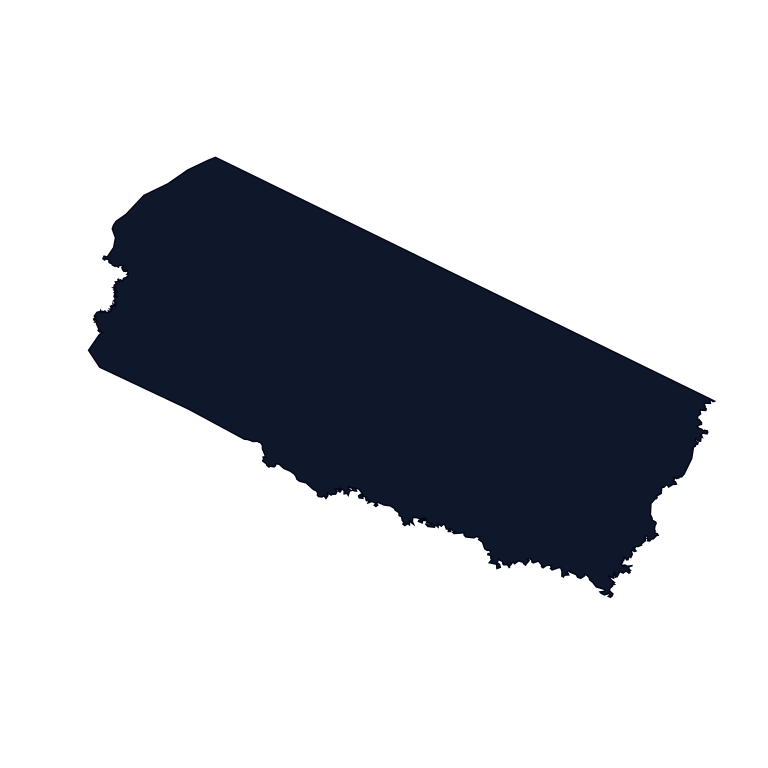 the district of Keerom, Papua, Indonesia, rotated 296°
{"feature_id": "22746128B17774751253690", "entity_name": "Keerom", "entity_type": "district", "adm_level": 2, "iso_a3": "IDN", "parent_name": "Indonesia", "parent_adm1": "Papua", "projection": "equal_earth", "projection_center": [140.467, -3.327], "detail": "fine", "context": "isolated", "style": "filled", "palette": "ink", "viewbox_px": 768, "rotation_deg": 296, "n_neighbors": 0, "source": "geoboundaries", "source_scale": "gbopen_adm2", "svg_char_len": 6106}
<svg xmlns="http://www.w3.org/2000/svg" viewBox="0 0 768 768"><g transform="rotate(296 384 384)"><path d="M282.6,590.9L283.3,590.4L288.8,591.8L289.3,589.6L290.9,591.6L290.6,594.0L288.7,595.2L288.8,596.7L292.6,600.5L290.2,605.5L288.9,605.6L288.5,607.5L292.3,609.7L294.0,612.8L292.7,614.9L291.2,614.5L290.6,616.6L295.9,621.9L296.0,623.8L293.6,626.1L289.3,628.1L289.2,629.8L291.2,629.9L293.4,633.7L294.6,632.2L294.3,630.8L297.0,631.6L297.7,633.4L296.5,633.3L296.9,640.3L295.2,642.8L295.6,646.0L299.3,648.2L300.9,647.9L301.0,650.7L299.7,653.6L298.2,654.6L297.2,658.7L294.7,663.6L296.1,672.3L294.3,673.0L291.8,669.3L291.1,671.0L291.1,674.5L294.5,678.3L293.7,679.7L291.5,678.7L291.5,680.9L293.4,681.9L295.7,681.8L296.8,677.7L298.9,676.4L302.6,678.0L303.7,677.4L305.0,678.9L305.3,676.8L306.6,678.0L307.4,674.5L310.0,669.3L310.1,675.3L311.7,674.2L315.4,674.1L311.6,676.4L313.1,678.0L318.8,678.2L318.9,681.8L322.2,683.6L321.4,687.0L322.4,687.7L323.0,686.5L324.5,687.3L324.7,685.7L326.8,684.1L329.8,687.0L326.8,682.6L326.9,679.9L326.2,678.9L325.3,679.9L324.6,678.9L325.8,677.1L325.9,675.3L328.0,676.7L329.1,675.2L330.1,676.7L332.1,676.5L333.1,675.4L334.0,676.2L332.3,679.2L333.1,680.3L335.7,679.8L336.5,680.8L336.3,681.9L339.8,681.8L342.5,679.2L343.3,680.2L343.4,682.8L344.4,683.7L346.1,680.1L346.3,681.4L348.4,681.4L349.3,683.6L352.2,686.1L352.9,685.3L357.6,687.5L361.7,685.7L362.7,686.8L362.3,688.3L360.4,688.1L360.5,689.5L358.7,689.5L359.4,691.6L362.1,692.4L362.8,693.9L367.4,695.4L368.2,696.7L369.2,695.3L368.9,693.3L369.8,691.8L370.8,692.2L371.7,690.9L374.9,689.7L378.0,689.7L379.0,688.7L379.1,684.7L380.9,683.8L383.3,680.7L393.6,676.3L399.4,677.9L400.4,679.1L401.8,679.2L402.4,677.9L407.2,681.1L413.0,678.9L413.8,680.8L417.0,681.8L417.4,683.2L416.2,685.0L419.7,687.2L421.1,687.1L420.8,688.7L422.1,690.7L423.7,689.0L424.2,686.4L425.9,686.7L425.4,685.7L427.3,685.8L427.9,687.3L427.3,688.5L428.9,690.2L429.7,689.8L431.0,692.2L434.7,693.2L451.9,693.2L463.2,689.7L464.4,691.1L466.3,690.6L467.3,692.2L468.9,692.0L469.2,688.9L471.1,688.2L470.7,692.3L471.4,693.6L474.7,692.4L475.3,690.6L476.1,691.3L475.8,693.1L477.6,691.2L479.6,692.0L480.8,696.2L482.4,696.2L483.6,695.2L482.9,692.4L481.6,691.3L482.6,689.7L482.2,686.4L482.8,684.0L485.7,685.4L486.8,687.0L488.5,686.3L490.1,682.7L489.8,681.5L492.4,679.9L495.9,681.7L498.0,679.9L499.4,679.9L501.2,684.8L502.9,684.5L503.6,682.4L504.5,682.6L506.3,680.6L507.3,680.5L509.7,685.8L512.3,683.8L512.9,685.3L512.4,687.6L513.5,688.6L513.8,133.2L508.1,128.0L490.6,114.0L469.2,102.0L448.2,85.5L423.4,77.8L412.8,71.9L407.9,71.3L404.3,71.8L397.7,78.6L388.1,81.2L376.7,79.6L376.2,76.4L373.4,76.5L373.0,78.6L374.4,78.9L375.2,82.2L374.9,83.5L373.8,82.8L372.7,83.9L372.8,87.0L371.9,87.6L371.8,90.6L372.7,90.5L372.7,94.1L374.2,93.7L376.4,98.1L375.2,98.2L374.6,97.1L374.6,97.9L373.7,97.4L372.1,99.1L371.3,100.7L372.1,102.8L373.5,103.3L371.5,105.5L369.9,105.0L370.3,106.1L369.2,106.6L366.6,105.5L364.8,103.6L362.1,103.9L362.0,101.2L360.9,100.3L361.6,99.2L360.9,99.1L359.9,101.0L358.0,97.8L356.5,99.6L355.3,98.7L354.8,100.4L354.5,97.8L353.9,99.3L353.4,98.7L352.4,99.5L353.4,100.5L352.4,100.2L351.8,98.8L351.4,101.0L350.1,100.0L349.8,102.0L351.2,102.2L350.2,102.4L350.5,103.5L349.8,104.3L349.6,103.0L348.7,103.0L348.7,101.5L347.8,101.3L347.4,102.5L345.4,102.8L346.5,103.5L345.0,103.5L345.8,104.3L345.7,105.8L343.7,104.1L342.4,105.4L340.1,104.5L340.4,105.7L339.8,106.3L340.4,107.3L339.4,107.5L338.9,106.6L338.3,108.1L337.4,106.7L337.1,108.4L335.9,108.4L337.0,105.5L335.8,106.4L335.0,104.9L334.2,105.7L333.8,104.3L331.9,106.4L331.1,104.9L330.8,106.5L329.4,106.7L328.9,104.3L327.6,105.2L326.1,102.5L327.3,101.9L327.2,101.1L325.9,100.8L326.0,99.5L324.7,99.5L325.8,97.1L324.1,97.7L324.1,96.3L322.5,94.6L318.0,93.9L317.8,95.5L315.1,94.5L314.2,95.7L315.3,96.2L315.0,98.0L313.0,97.1L313.6,99.0L312.1,99.2L308.5,103.5L306.7,103.6L306.1,105.9L307.4,106.0L306.8,108.4L303.5,106.5L284.8,103.7L274.5,121.1L275.8,219.5L273.2,282.8L274.4,285.8L274.9,291.4L277.2,295.7L276.8,296.9L277.3,298.6L275.6,301.6L272.4,303.2L267.7,308.5L266.1,309.1L265.4,307.4L263.6,308.7L261.6,308.7L260.7,313.5L259.6,314.3L258.9,317.0L260.2,317.8L261.4,321.6L263.0,322.3L264.5,321.3L266.0,324.8L264.2,331.0L264.6,337.5L263.9,342.2L262.5,345.2L260.3,347.4L259.6,350.6L261.0,357.4L258.2,366.9L258.3,370.1L257.0,372.2L254.7,373.0L254.2,374.7L255.3,377.8L257.3,379.1L255.7,382.0L259.0,382.5L261.3,380.8L261.0,385.1L262.4,386.1L263.8,388.8L266.5,388.9L268.4,386.2L269.2,388.8L267.9,389.7L267.6,391.8L269.3,392.1L270.2,389.9L271.0,389.7L270.9,394.9L267.8,396.3L269.5,398.6L268.3,400.6L272.7,400.0L273.7,401.1L274.2,398.3L276.0,397.2L276.2,400.5L277.3,401.9L275.0,402.1L274.9,404.0L275.7,406.2L277.3,404.6L278.4,405.0L278.4,407.9L275.6,413.4L274.4,411.2L272.3,410.2L270.8,411.6L272.0,415.1L274.0,413.3L274.4,417.0L271.7,418.9L271.6,419.8L273.1,420.1L273.1,421.5L270.1,421.8L272.8,424.3L273.3,426.1L273.0,429.3L270.8,428.4L270.4,430.4L272.3,431.5L274.0,429.4L275.0,430.0L275.3,437.3L277.2,442.8L276.8,447.9L275.6,449.2L274.9,453.8L272.4,455.3L272.4,458.0L269.3,460.3L268.5,462.6L266.4,462.4L265.9,464.7L268.9,466.6L268.6,468.6L271.9,466.9L270.9,472.0L272.7,469.9L276.7,468.3L278.4,472.6L278.6,476.2L278.1,476.9L276.5,475.1L275.6,475.2L275.9,479.2L278.6,478.6L279.7,482.0L280.4,481.4L279.9,477.6L281.6,478.7L280.2,483.2L277.7,483.0L279.8,488.2L277.8,487.8L276.1,483.7L275.2,486.0L277.4,492.1L278.9,491.2L279.6,493.3L279.1,495.3L281.9,494.0L281.4,497.8L284.1,498.8L284.0,500.6L281.0,503.7L282.0,505.8L279.7,506.5L280.5,508.1L282.7,507.6L282.3,512.6L281.5,512.8L280.8,510.9L280.3,512.6L285.4,521.2L283.4,522.2L282.4,524.5L285.2,532.3L287.3,533.8L288.2,537.4L285.7,537.3L285.0,541.9L280.1,546.7L279.7,549.7L281.0,551.9L279.0,553.8L278.0,553.5L277.2,551.9L276.1,552.1L276.7,555.5L274.6,556.1L273.0,557.8L269.5,556.9L271.3,564.2L267.7,566.4L270.2,568.9L272.5,566.9L273.0,564.1L276.4,563.7L276.5,568.4L274.5,569.6L274.0,571.0L275.8,574.1L273.6,577.5L275.1,576.5L278.3,577.5L278.8,576.4L280.4,578.6L279.7,580.2L284.0,582.4L284.7,587.1L283.7,588.4L283.6,590.3L283.3,590.4L282.6,590.9Z" fill="#0f172a" stroke="#020617" stroke-width="1.5"/></g></svg>